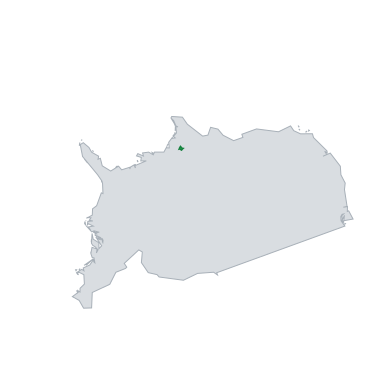 location of Lee, Texas, United States of America, rotated 160°
{"feature_id": "52423323B12429161322070", "entity_name": "Lee", "entity_type": "district", "adm_level": 2, "iso_a3": "USA", "parent_name": "United States of America", "parent_adm1": "Texas", "projection": "equal_earth", "projection_center": [-96.865, 30.295], "detail": "fine", "context": "in_parent", "style": "filled", "palette": "green", "viewbox_px": 384, "rotation_deg": 160, "n_neighbors": 0, "source": "geoboundaries", "source_scale": "gbopen_adm2", "svg_char_len": 4178}
<svg xmlns="http://www.w3.org/2000/svg" viewBox="0 0 384 384"><g transform="rotate(160 192 192)"><path d="M300.8,133.4L320.1,131.7L326.0,117.4L333.6,119.9L335.1,128.7L340.2,134.6L333.1,136.7L333.0,138.4L331.5,136.3L330.1,139.8L324.6,142.3L321.9,151.3L325.6,155.2L327.7,154.7L326.9,153.0L327.7,153.8L328.1,155.7L322.0,157.0L320.5,154.9L320.2,157.8L313.0,158.4L307.8,162.1L308.2,160.0L307.5,158.7L306.6,163.6L308.2,164.5L308.1,168.7L304.9,174.2L300.7,170.8L302.7,167.4L300.2,169.7L301.7,173.6L303.5,175.8L304.0,178.2L300.1,187.2L301.0,181.5L296.9,176.2L298.8,170.6L295.3,172.3L297.3,180.6L293.6,178.1L292.3,178.3L293.2,175.8L293.1,175.0L292.1,177.0L292.2,178.7L297.8,181.9L296.7,183.4L294.1,180.5L293.1,180.0L296.4,183.5L297.8,184.2L297.2,186.3L295.4,184.7L298.3,187.9L297.7,188.3L296.3,186.7L292.9,185.9L297.3,189.0L299.9,188.9L303.1,196.6L300.3,190.7L301.3,194.6L296.4,193.7L300.2,197.6L301.8,196.5L299.9,200.0L295.1,198.7L298.1,200.6L295.8,202.3L298.8,203.6L293.6,204.4L291.2,210.2L286.3,211.7L277.5,222.2L276.2,221.0L273.1,230.7L272.9,233.1L274.8,240.5L282.7,262.8L280.8,274.8L277.3,275.5L273.6,269.1L272.7,263.7L267.5,257.6L269.1,254.9L266.6,255.0L267.4,247.3L261.2,239.5L252.2,241.4L250.5,236.9L241.6,236.5L242.7,234.8L241.2,236.5L237.2,237.3L237.0,233.9L236.4,236.3L224.3,236.9L229.5,238.7L227.8,241.8L231.8,244.9L229.8,246.6L225.3,242.4L225.1,245.6L219.1,244.3L215.7,240.2L213.6,242.3L204.8,239.1L199.7,243.6L201.0,242.3L198.3,241.2L196.9,246.7L191.5,250.2L192.8,249.2L189.3,248.6L190.5,250.5L186.4,252.8L184.8,258.9L182.9,258.0L184.5,259.6L184.8,265.3L186.5,268.7L185.2,269.9L175.4,265.6L173.2,257.3L162.9,240.9L157.6,240.0L152.4,246.4L146.1,242.2L143.4,234.7L135.3,226.0L125.5,225.9L125.4,229.2L109.8,229.2L90.1,219.0L76.8,220.4L75.4,214.8L70.2,209.6L58.9,205.5L59.2,201.6L51.1,184.4L51.6,182.6L53.4,184.9L52.5,181.1L56.7,180.8L48.8,181.3L43.8,165.5L46.2,157.2L45.0,148.0L47.9,142.1L51.2,125.5L55.0,125.9L50.9,125.1L52.7,120.6L51.2,120.7L49.9,111.5L59.2,113.1L56.7,117.9L60.2,114.5L59.4,118.5L57.0,119.5L58.6,119.7L60.6,118.0L61.8,113.9L60.0,107.7L196.4,107.7L196.4,105.3L199.1,109.2L214.6,113.6L230.2,112.0L252.0,123.4L253.1,126.3L260.7,131.2L263.7,143.0L259.2,152.6L261.8,155.8L280.1,148.1L279.0,143.7L280.6,142.9L291.0,142.6L300.8,133.4ZM315.4,160.5L318.5,160.0L307.7,162.9L316.5,159.3L315.4,160.5ZM60.2,111.5L61.1,114.1L61.0,114.5L59.5,112.5L60.2,111.5ZM186.3,267.7L185.0,262.7L185.1,259.9L185.3,262.9L186.3,267.7ZM333.9,137.1L334.1,138.4L333.5,138.1L333.9,137.1ZM215.8,241.7L216.0,242.8L215.1,241.9L215.8,241.7ZM63.0,210.0L64.4,209.3L64.5,209.5L63.0,210.0ZM61.6,209.5L61.1,210.3L60.7,209.6L61.6,209.5ZM324.9,157.2L324.1,158.1L323.8,157.9L324.9,157.2ZM185.9,257.3L185.1,259.6L186.9,255.2L185.9,257.3ZM280.4,255.4L281.9,259.9L280.1,255.0L280.4,255.4ZM69.6,213.5L70.1,214.7L69.5,213.6L69.6,213.5ZM281.4,275.4L280.4,276.9L282.1,273.9L281.4,275.4ZM303.7,199.3L302.6,200.9L303.3,197.0L303.7,199.3ZM59.2,109.5L59.1,110.2L58.6,109.8L59.2,109.5ZM190.5,251.4L188.6,252.4L190.6,251.0L190.5,251.4ZM327.9,157.7L328.0,158.7L327.0,158.4L327.9,157.7ZM69.3,216.7L69.6,218.1L69.1,216.9L69.3,216.7ZM188.2,253.2L187.4,253.8L188.1,252.9L188.2,253.2ZM303.6,179.9L302.6,182.1L303.8,179.1L303.6,179.9ZM199.2,244.5L197.9,245.4L199.7,243.9L199.2,244.5ZM273.4,231.8L273.3,233.6L273.1,232.4L273.4,231.8ZM299.2,203.9L298.8,204.3L300.0,203.0L299.2,203.9ZM255.5,241.0L254.0,241.9L253.4,241.7L255.5,241.0ZM236.6,237.0L236.3,237.3L235.4,237.2L236.6,237.0ZM271.1,263.9L271.3,265.2L270.8,263.6L271.1,263.9ZM232.8,239.5L232.5,240.7L232.4,238.6L232.8,239.5ZM278.1,278.6L277.3,278.7L278.4,278.3L278.1,278.6ZM307.9,169.5L307.4,170.5L308.0,169.0L307.9,169.5ZM301.7,201.3L301.2,201.7L301.7,201.3Z" fill="#d9dde1" stroke="#a8b0b8" stroke-width="1"/><path d="M187.1,238.6L187.2,238.8L188.1,238.1L188.4,237.8L188.7,237.5L188.7,237.4L188.7,237.2L188.8,237.1L189.0,237.2L189.2,236.9L189.3,236.8L189.1,236.8L189.0,236.6L188.8,236.6L188.7,236.6L188.5,236.3L188.5,236.2L188.4,236.1L188.1,235.8L188.0,235.7L187.8,235.5L187.8,235.4L187.8,235.2L187.7,235.0L187.5,234.9L186.4,235.6L185.4,236.0L185.9,236.3L186.2,236.5L186.4,236.7L186.8,237.1L187.1,238.6Z" fill="#22c55e" stroke="#15803d" stroke-width="1.5"/></g></svg>